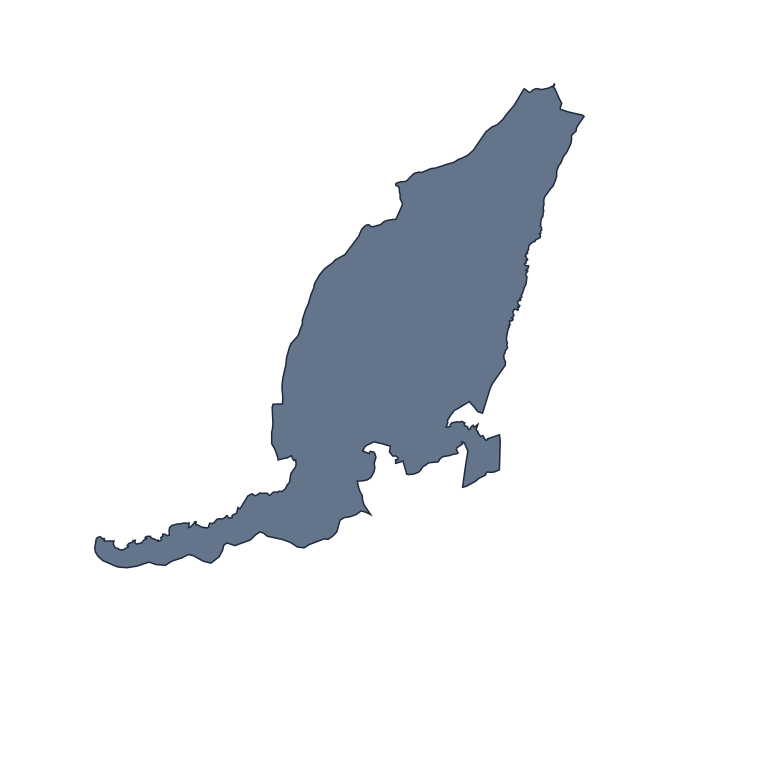 the district of Valea Moldovei, Suceava, Romania, rotated 138°
{"feature_id": "2599482B49071413589038", "entity_name": "Valea Moldovei", "entity_type": "district", "adm_level": 2, "iso_a3": "ROU", "parent_name": "Romania", "parent_adm1": "Suceava", "projection": "equal_earth", "projection_center": [26.027, 47.483], "detail": "fine", "context": "isolated", "style": "filled", "palette": "slate", "viewbox_px": 768, "rotation_deg": 138, "n_neighbors": 0, "source": "geoboundaries", "source_scale": "gbopen_adm2", "svg_char_len": 6140}
<svg xmlns="http://www.w3.org/2000/svg" viewBox="0 0 768 768"><g transform="rotate(138 384 384)"><path d="M699.8,461.6L701.4,461.5L709.0,455.4L711.0,452.0L711.8,447.1L711.1,440.9L705.8,429.2L704.0,425.8L698.0,419.5L689.4,413.9L677.7,408.8L674.2,402.3L667.7,395.5L660.1,394.3L650.6,390.0L643.7,388.3L640.6,384.1L636.8,373.1L632.5,366.7L622.3,365.9L615.4,368.3L611.0,371.4L607.1,371.0L603.0,363.7L587.6,357.5L580.5,357.8L575.4,357.2L573.4,354.1L572.5,348.8L563.3,336.1L559.6,329.0L557.4,320.7L553.0,315.7L546.7,314.6L531.8,308.8L529.6,306.0L523.2,305.2L517.9,305.7L507.9,312.2L503.0,311.3L497.7,307.9L491.7,305.5L486.0,305.1L483.4,301.1L481.3,295.9L479.8,307.3L477.5,312.3L474.9,315.3L474.0,319.4L472.5,323.3L468.9,329.7L464.9,326.5L460.8,324.0L456.4,323.3L451.0,325.1L447.2,327.5L444.3,331.6L439.0,334.9L437.4,338.3L437.0,339.9L439.0,343.0L440.6,343.0L441.7,342.3L444.6,348.6L439.7,350.2L438.4,350.1L430.3,347.8L426.1,342.0L420.9,333.5L425.3,329.9L425.6,329.0L425.6,324.4L423.3,322.5L423.1,319.6L424.2,318.6L426.1,319.9L428.5,317.3L423.9,315.0L421.4,314.2L427.5,301.6L426.6,301.0L426.3,300.1L421.8,297.0L417.2,295.3L414.0,295.5L410.4,296.5L406.7,295.7L405.0,295.8L403.0,295.2L395.9,289.9L391.8,291.0L388.5,290.4L382.3,286.4L380.9,286.1L376.2,283.3L375.1,283.2L374.1,286.6L373.3,287.6L372.1,287.8L365.7,286.9L364.9,288.9L363.7,286.5L366.4,278.6L367.2,277.2L367.6,277.2L379.1,267.9L394.7,254.7L391.3,252.9L381.2,250.5L376.2,250.3L370.1,248.5L369.0,248.6L368.3,249.6L366.0,249.4L363.9,247.0L361.1,244.9L355.7,243.0L335.9,263.7L332.2,269.0L343.6,274.0L344.0,273.1L346.0,274.1L345.8,276.5L345.0,279.4L347.4,280.6L347.0,282.5L347.1,285.0L346.2,285.2L346.2,288.4L341.2,291.2L345.8,291.5L345.4,293.8L347.2,293.9L350.7,292.9L351.5,293.4L351.3,295.0L350.7,295.6L350.8,297.2L351.9,298.7L351.1,300.9L350.0,301.0L350.6,302.9L351.6,304.5L353.4,305.0L354.8,307.0L359.8,309.8L361.6,309.5L363.5,308.1L366.1,309.9L366.5,310.6L362.5,312.5L361.4,314.4L355.0,316.3L348.8,317.3L347.1,316.6L332.2,313.8L332.5,310.9L332.3,307.4L332.8,300.6L330.3,296.4L307.6,309.9L302.9,311.8L281.3,316.8L278.9,319.1L277.9,322.4L275.6,325.4L273.0,326.3L271.9,327.4L268.0,328.2L266.5,330.9L264.5,332.2L264.1,333.9L262.2,336.3L255.5,341.5L252.6,342.6L252.4,343.8L250.7,343.6L248.9,346.7L248.1,347.0L247.3,345.6L245.1,345.3L244.7,345.7L244.9,347.8L243.7,347.4L241.4,348.1L240.9,350.0L240.2,351.2L237.3,352.4L236.4,351.9L235.4,349.5L234.3,349.5L233.2,351.7L232.3,350.7L230.6,351.4L231.1,352.9L230.8,353.9L230.1,355.1L228.8,356.1L227.8,355.8L227.2,354.9L226.3,354.8L226.0,355.4L226.0,356.6L225.4,356.8L224.1,356.2L223.4,356.5L222.7,358.0L221.1,358.4L214.6,362.1L212.0,362.9L206.0,368.0L205.8,370.3L205.4,370.9L201.7,371.7L202.4,373.7L200.5,373.2L197.6,374.7L197.7,375.5L198.8,376.2L199.6,378.1L199.5,378.9L198.8,379.2L197.3,378.9L195.9,380.9L194.6,380.1L193.8,380.5L194.0,382.1L193.3,383.2L193.4,384.5L192.3,384.8L191.6,385.8L190.1,384.9L189.6,385.1L189.1,386.8L187.2,386.8L184.2,389.6L181.6,390.2L177.5,389.7L176.5,388.9L174.8,389.6L170.1,388.4L169.4,388.6L168.4,389.7L168.1,391.6L166.8,391.1L165.3,392.9L163.9,392.8L162.0,395.3L162.0,397.0L161.7,397.3L160.5,397.8L159.9,398.9L156.5,401.5L153.5,402.4L151.2,404.8L149.7,405.5L147.9,408.4L144.6,410.7L143.3,412.6L140.7,414.9L138.0,415.9L129.1,417.7L126.2,417.9L120.5,420.5L116.5,423.0L113.6,426.4L108.4,429.2L104.4,430.0L99.1,432.7L92.3,434.2L84.3,437.6L80.6,440.5L78.5,443.2L71.8,443.5L69.9,445.2L68.0,446.2L56.3,448.9L56.5,450.8L65.0,462.9L69.0,469.9L68.9,470.8L64.1,473.8L63.0,478.2L59.2,489.7L59.8,491.0L59.2,491.5L57.3,492.0L56.2,493.5L58.2,492.2L63.6,493.8L69.8,497.3L72.6,501.1L73.7,501.9L76.7,502.9L79.5,502.9L80.8,503.4L81.1,504.0L81.7,508.0L82.4,509.7L100.8,504.0L112.8,502.4L118.5,501.1L126.4,501.0L131.9,502.8L139.7,503.2L161.3,497.9L168.9,498.0L175.9,500.0L177.8,501.0L183.8,502.0L185.5,502.8L189.3,504.8L200.9,509.8L205.0,512.7L214.4,515.9L216.0,517.9L219.6,519.9L222.0,520.4L232.0,519.8L235.9,522.8L239.7,524.8L240.8,525.0L241.8,524.6L242.2,524.0L241.1,520.0L244.3,516.0L244.9,514.5L247.9,511.0L249.7,505.7L250.6,504.8L265.0,498.4L266.4,499.7L271.5,503.1L274.9,504.6L280.0,504.8L286.8,508.2L288.3,509.6L288.5,511.9L289.1,512.9L290.4,513.7L291.9,514.1L294.1,514.2L297.5,513.7L304.1,510.7L326.6,506.3L337.4,508.9L340.7,508.4L351.0,509.4L358.6,508.3L366.6,505.7L369.5,504.4L372.1,502.3L378.5,499.3L387.0,494.0L391.9,492.0L400.1,487.3L401.6,486.4L404.6,483.1L409.3,481.0L414.3,478.0L416.9,477.2L426.0,476.3L429.6,474.6L438.6,468.9L444.4,463.7L455.3,456.0L459.1,452.7L462.2,449.7L467.9,442.1L472.7,437.1L480.0,443.2L482.7,441.5L493.3,428.6L497.3,425.0L499.8,423.3L507.2,415.0L507.8,413.5L508.3,410.2L509.6,406.3L512.4,400.0L513.5,398.4L505.9,394.4L506.0,394.1L500.7,392.6L501.7,390.5L502.2,387.3L500.4,386.8L502.9,383.3L504.9,381.7L513.0,379.8L520.4,374.0L523.5,373.8L527.3,372.2L531.8,372.3L533.8,374.7L535.6,374.7L537.5,377.0L539.1,377.7L542.9,377.5L543.8,378.4L543.8,380.6L544.8,382.0L547.4,384.0L549.4,386.3L551.1,386.1L554.6,387.3L555.2,388.1L555.3,390.5L556.2,391.0L560.1,391.9L574.6,387.6L575.2,390.0L580.0,386.6L584.8,388.0L586.5,386.3L588.8,388.1L589.0,388.6L588.7,391.3L592.8,391.3L594.8,392.3L597.2,394.6L598.9,395.3L602.7,394.7L604.4,394.9L605.1,395.3L606.3,397.0L606.8,397.1L608.8,396.1L609.8,395.2L611.4,395.1L615.3,399.7L616.7,403.9L618.1,405.7L615.9,407.0L616.0,407.7L616.7,408.2L619.4,407.5L623.6,407.2L625.2,407.9L621.8,411.1L624.2,412.6L624.1,413.1L625.9,414.7L629.2,416.5L631.3,418.3L636.4,420.9L639.5,420.7L641.9,418.8L644.7,415.3L646.8,416.5L647.1,418.4L648.6,420.4L649.5,420.0L650.2,418.7L652.5,419.3L653.4,417.6L653.9,417.4L655.0,417.2L656.8,418.1L656.3,419.1L657.7,419.8L658.1,422.1L659.1,423.4L660.0,425.7L659.5,427.1L662.2,429.5L664.2,429.8L664.6,429.1L663.9,428.4L664.4,428.0L667.5,428.7L670.2,428.1L674.8,430.5L675.3,431.5L675.2,433.0L673.4,434.3L675.3,435.6L676.8,434.8L680.2,436.2L681.6,436.1L683.0,435.7L682.4,434.5L683.1,434.1L688.2,435.1L690.6,436.8L691.1,437.3L692.0,440.4L693.0,441.5L693.2,442.6L692.6,445.5L691.1,447.2L689.7,448.0L696.8,454.4L696.9,455.1L695.4,455.8L695.3,456.6L696.8,457.5L696.9,459.5L697.4,460.8L699.8,461.6Z" fill="#64748b" stroke="#1e293b" stroke-width="1.5"/></g></svg>